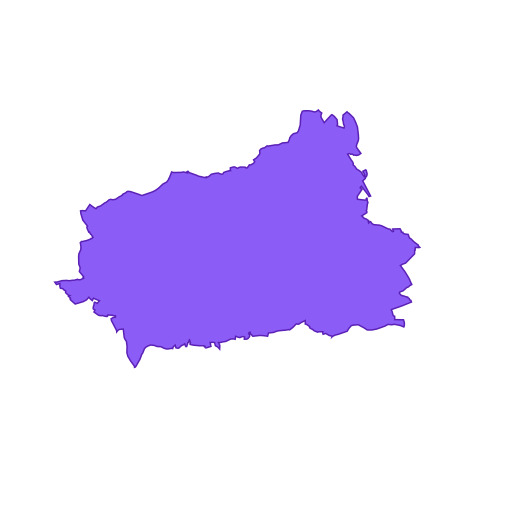 Ceuasu De Campie, Mures, Romania, rotated 137°
{"feature_id": "2599482B23601231782358", "entity_name": "Ceuasu De Campie", "entity_type": "district", "adm_level": 2, "iso_a3": "ROU", "parent_name": "Romania", "parent_adm1": "Mures", "projection": "orthographic", "projection_center": [24.479, 46.65], "detail": "fine", "context": "isolated", "style": "filled", "palette": "violet", "viewbox_px": 512, "rotation_deg": 137, "n_neighbors": 0, "source": "geoboundaries", "source_scale": "gbopen_adm2", "svg_char_len": 6137}
<svg xmlns="http://www.w3.org/2000/svg" viewBox="0 0 512 512"><g transform="rotate(137 256 256)"><path d="M267.3,372.0L267.5,371.6L270.9,371.0L274.9,372.1L281.4,372.1L285.4,372.7L288.5,373.7L297.9,377.9L298.6,378.7L299.6,380.9L303.8,388.6L305.1,390.2L306.1,391.0L308.1,391.1L311.7,392.1L312.2,391.6L312.8,391.7L315.9,392.6L319.8,393.2L322.2,394.6L323.7,396.6L325.2,397.3L328.6,397.4L330.5,398.0L335.5,398.6L338.6,400.0L340.8,399.7L341.8,403.3L342.4,407.0L349.9,405.2L352.1,407.7L353.5,408.7L355.2,406.4L358.2,400.3L358.8,393.1L358.9,392.7L360.0,392.5L360.8,391.2L362.0,387.5L361.5,387.4L362.1,384.7L361.8,384.2L362.4,381.8L362.3,380.9L363.8,380.7L364.7,381.4L365.1,381.1L368.9,382.6L373.0,384.9L373.7,385.6L375.4,385.6L377.5,382.4L379.7,380.2L384.0,378.4L385.9,376.8L391.1,371.0L392.7,367.2L395.8,365.1L396.2,358.3L397.1,358.3L397.3,357.3L400.5,358.4L402.4,360.0L402.3,360.6L405.6,362.3L406.2,363.0L409.7,365.5L411.0,367.2L414.7,370.3L419.0,372.5L421.0,374.1L421.4,371.2L418.2,369.6L419.8,368.0L421.0,366.1L420.9,365.5L420.2,364.9L419.5,363.2L419.6,361.6L419.0,360.7L419.2,359.9L420.1,359.3L420.3,358.1L419.9,355.4L419.2,354.1L420.6,354.5L420.5,351.6L421.2,351.5L421.6,350.5L421.0,344.2L413.4,340.4L409.8,339.5L406.3,339.8L406.5,337.4L406.1,335.0L403.7,336.0L401.0,330.0L404.5,329.7L405.2,331.8L405.6,332.3L406.3,332.1L407.5,331.0L409.9,329.6L411.0,328.5L411.1,328.2L410.6,326.4L412.7,325.5L411.8,321.0L411.4,319.7L409.8,317.8L408.9,317.2L407.4,314.7L406.2,313.3L405.5,313.3L405.0,314.0L404.7,314.0L402.1,311.3L399.6,308.0L400.5,307.1L402.6,308.5L404.8,308.9L405.8,307.3L408.5,297.5L409.0,296.2L409.6,295.5L407.1,295.8L405.9,295.4L402.9,293.1L408.0,286.2L408.7,284.1L409.0,281.9L411.9,277.9L416.4,273.3L418.1,270.1L419.3,264.8L420.0,258.5L420.8,257.4L420.2,257.1L419.1,257.2L411.1,259.7L406.6,262.0L405.3,262.2L400.7,264.3L398.6,264.4L396.2,263.8L393.7,262.7L391.4,260.0L390.1,257.3L387.4,254.5L386.2,251.3L385.2,249.5L384.0,248.2L380.7,246.0L380.1,245.1L378.7,246.0L375.9,246.0L377.2,243.4L375.9,241.7L375.2,241.3L371.4,241.3L370.6,240.8L368.0,240.4L368.9,238.7L369.0,237.4L368.4,237.1L364.8,239.1L364.1,238.8L362.4,240.0L361.8,240.0L363.2,237.1L364.2,236.8L364.5,236.3L362.7,233.6L358.8,229.2L355.3,225.9L355.6,225.1L355.0,224.7L355.6,223.7L355.3,222.9L350.6,220.6L348.5,224.1L346.2,222.1L345.3,220.9L346.9,218.1L346.0,215.4L346.1,212.7L343.4,215.3L342.5,218.3L341.5,217.3L339.0,215.9L336.3,214.1L331.1,212.5L328.8,210.5L328.0,209.3L325.7,211.2L324.0,208.0L323.4,207.3L320.9,206.4L319.6,204.6L321.3,203.1L319.3,201.4L317.9,201.1L315.6,201.5L314.5,202.5L314.3,204.4L313.2,204.7L312.3,204.4L312.3,204.0L313.0,203.0L313.1,199.5L307.4,195.3L304.8,192.6L302.2,189.4L299.4,191.2L295.4,188.2L292.0,186.8L290.2,185.7L284.8,181.5L282.3,179.9L282.1,179.3L281.5,179.0L277.8,178.6L272.8,178.9L271.8,177.4L270.7,176.9L268.5,176.6L264.0,175.2L266.4,172.6L265.7,171.7L264.9,167.8L265.7,167.0L265.3,165.1L264.7,163.9L264.5,161.8L263.0,158.4L261.7,157.7L258.8,155.0L259.7,154.2L260.3,153.0L257.8,151.8L256.6,147.8L255.1,145.7L255.1,145.3L255.6,145.0L254.7,145.0L251.9,144.1L249.2,142.6L240.6,138.8L237.4,139.7L233.8,140.1L231.9,139.0L228.1,136.0L226.0,129.8L225.1,126.1L224.5,125.5L221.9,123.0L217.6,120.3L209.3,116.7L206.2,116.0L203.6,113.1L201.7,111.9L200.4,110.4L197.7,106.5L196.3,103.3L195.0,103.9L193.0,106.0L191.6,108.7L197.9,114.9L195.7,117.3L196.2,118.6L196.0,119.5L194.3,122.6L193.7,124.4L193.3,124.4L183.6,120.1L173.7,116.3L173.0,117.9L173.5,119.2L173.0,120.2L173.3,122.1L173.1,122.5L174.3,124.2L175.2,126.1L176.0,126.8L176.0,127.4L176.6,128.2L176.6,131.0L175.5,131.6L172.0,130.2L167.2,130.1L165.4,129.4L164.1,129.5L161.5,128.9L160.2,133.1L159.9,133.4L159.1,136.4L157.8,142.8L156.9,150.6L154.0,149.9L151.5,148.8L138.6,149.4L135.9,152.1L135.6,151.8L133.7,153.6L131.0,150.9L130.3,150.6L130.4,152.3L129.9,153.3L130.2,153.5L130.1,154.6L130.8,158.5L131.0,163.2L131.5,164.5L130.0,168.0L132.3,170.8L132.9,172.1L132.4,173.3L133.4,174.2L132.6,175.6L132.1,177.7L137.6,182.5L138.6,180.3L139.6,180.8L139.7,184.4L140.4,185.0L141.0,186.0L143.4,192.2L144.6,194.3L148.5,198.6L149.1,200.6L148.8,202.8L149.2,203.0L149.2,203.4L151.1,203.3L150.4,204.7L149.5,205.1L150.2,208.0L151.1,209.6L151.3,213.2L145.4,212.1L144.8,212.6L144.3,214.1L143.5,214.3L139.3,217.9L137.7,218.7L137.0,220.4L135.4,222.5L135.5,222.8L136.2,222.8L137.3,221.9L137.8,222.1L143.1,228.3L141.5,230.3L141.0,230.6L133.2,232.4L133.2,234.9L131.3,235.1L132.3,224.6L132.8,222.4L131.3,221.7L126.7,238.2L123.2,238.1L122.7,238.6L120.2,239.1L118.6,240.4L117.0,243.4L117.0,244.2L120.0,245.1L121.1,241.3L121.7,240.4L122.6,239.7L122.8,240.1L122.2,241.0L122.6,241.3L122.5,243.1L121.8,244.9L122.2,247.8L123.1,251.1L122.6,253.8L122.8,256.4L121.7,257.4L121.1,259.2L120.9,261.3L119.5,268.0L117.9,267.3L117.4,265.9L116.1,264.8L115.7,263.0L115.0,262.5L113.9,261.0L112.1,259.9L109.3,259.5L108.6,265.6L108.1,267.5L106.4,268.8L102.7,270.5L101.0,271.8L98.5,274.8L93.8,281.2L91.7,286.4L90.4,290.7L90.7,297.0L91.2,298.5L91.1,299.4L96.3,299.7L96.8,299.0L99.4,297.0L100.6,294.7L101.9,293.0L102.8,290.6L104.4,289.6L106.6,293.4L107.9,296.1L106.4,296.8L103.7,300.5L103.5,304.6L103.9,307.1L104.1,307.6L104.7,307.8L115.2,307.0L113.9,312.8L112.6,314.6L110.4,315.7L110.9,318.3L110.8,320.3L113.1,320.5L114.4,321.0L115.2,321.8L116.6,324.1L118.6,326.5L121.8,329.4L123.4,330.3L127.1,328.5L134.4,321.6L139.8,318.5L141.9,318.1L145.2,319.9L148.2,320.0L150.7,319.4L152.5,318.2L155.1,317.2L159.6,320.7L163.8,322.0L166.4,324.3L172.0,328.0L172.8,329.0L175.9,329.3L177.3,330.2L179.2,330.9L181.4,330.7L183.4,328.2L184.2,328.0L188.7,327.4L192.2,328.0L192.6,325.9L194.3,325.4L197.8,326.2L198.7,327.2L202.2,326.4L203.3,327.2L203.1,327.9L203.6,328.6L206.5,331.5L207.9,332.3L209.8,332.8L210.7,335.3L211.2,336.1L212.5,336.9L214.6,338.0L215.7,336.9L216.3,335.8L217.4,336.6L220.2,338.1L222.6,339.1L224.4,338.6L225.2,339.1L226.4,340.8L226.8,342.2L229.5,344.3L233.0,346.3L235.8,346.3L238.9,347.2L238.5,347.7L240.1,348.5L243.7,353.8L244.2,355.2L247.9,362.4L248.1,363.0L247.9,363.7L248.0,364.4L249.3,364.7L249.6,363.7L251.7,366.9L253.7,368.2L259.6,373.5L260.4,375.0L265.5,372.5L267.3,372.0Z" fill="#8b5cf6" stroke="#5b21b6" stroke-width="1.5"/></g></svg>